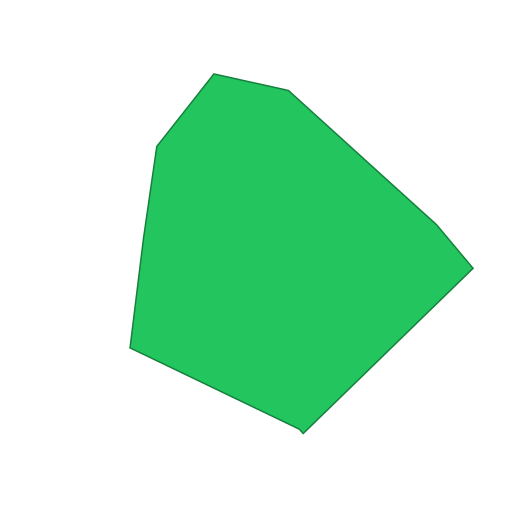 outline of Chateau Belair, Soufrière, Saint Lucia, rotated 228°
{"feature_id": "8701671B28049445861870", "entity_name": "Chateau Belair", "entity_type": "district", "adm_level": 2, "iso_a3": "LCA", "parent_name": "Saint Lucia", "parent_adm1": "Soufrière", "projection": "albers", "projection_center": [-61.053, 13.819], "detail": "fine", "context": "isolated", "style": "filled", "palette": "green", "viewbox_px": 512, "rotation_deg": 228, "n_neighbors": 0, "source": "geoboundaries", "source_scale": "gbopen_adm2", "svg_char_len": 337}
<svg xmlns="http://www.w3.org/2000/svg" viewBox="0 0 512 512"><g transform="rotate(228 256 256)"><path d="M211.2,405.7L356.7,390.9L357.2,390.9L419.5,346.5L418.1,338.7L403.8,255.6L344.9,184.8L272.0,100.9L98.3,172.3L92.5,172.3L101.6,409.1L102.6,409.1L158.5,411.1L211.2,405.7Z" fill="#22c55e" stroke="#15803d" stroke-width="1.5"/></g></svg>